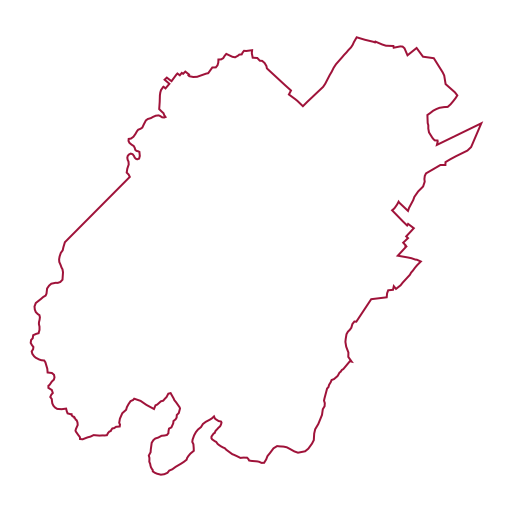 the district of Yecuatla, Veracruz, Mexico
{"feature_id": "50627088B64741996810444", "entity_name": "Yecuatla", "entity_type": "district", "adm_level": 2, "iso_a3": "MEX", "parent_name": "Mexico", "parent_adm1": "Veracruz", "projection": "orthographic", "projection_center": [-96.776, 19.847], "detail": "fine", "context": "isolated", "style": "outline", "palette": "rose", "viewbox_px": 512, "rotation_deg": 0, "n_neighbors": 0, "source": "geoboundaries", "source_scale": "gbopen_adm2", "svg_char_len": 5937}
<svg xmlns="http://www.w3.org/2000/svg" viewBox="0 0 512 512"><path d="M252.1,50.2L246.2,51.0L244.0,50.8L242.6,52.6L241.7,54.4L239.3,54.6L238.0,55.7L235.1,57.3L232.4,56.8L226.3,53.9L224.6,55.9L223.2,58.2L221.1,59.4L218.4,59.5L218.3,62.5L217.5,65.3L215.8,67.4L212.3,67.5L208.2,73.2L206.2,73.6L197.1,76.8L193.3,77.0L189.3,76.2L188.4,75.3L189.0,74.5L185.3,71.6L183.1,73.8L181.8,72.9L179.8,75.3L177.4,73.5L176.3,74.7L171.5,81.2L166.8,77.6L164.6,79.7L169.4,83.8L165.5,88.4L163.5,86.7L163.2,86.9L161.0,90.1L160.3,92.5L159.9,95.3L159.7,101.9L159.2,109.1L161.5,111.4L163.5,113.2L164.2,115.1L165.5,117.0L164.2,117.5L162.1,117.3L160.3,116.1L158.7,115.4L155.8,115.7L153.0,116.9L150.9,118.1L147.8,119.0L145.9,120.4L143.9,124.2L142.3,127.6L140.5,128.8L138.2,129.7L137.0,131.2L135.4,134.0L133.4,136.8L130.9,138.6L128.7,138.9L128.5,140.9L129.4,142.8L131.5,144.6L133.7,146.0L134.7,147.8L135.3,149.9L136.5,150.9L138.2,151.3L139.4,151.9L139.8,156.0L139.1,158.6L137.2,159.3L135.9,158.8L134.7,157.6L134.0,156.0L132.6,154.2L130.7,153.6L128.8,154.6L127.7,156.0L127.3,157.8L127.7,159.9L128.5,161.6L128.7,164.5L127.3,168.7L126.7,172.6L128.6,174.5L129.8,176.9L64.9,242.2L63.4,247.2L62.7,250.3L60.8,252.9L59.6,256.5L59.1,259.3L59.3,262.0L60.7,265.2L61.5,267.5L62.5,269.3L63.0,272.3L62.5,279.7L60.3,282.0L57.7,282.9L55.6,282.8L51.3,283.7L49.1,285.6L47.1,288.5L46.5,293.6L45.6,295.6L43.2,297.0L40.9,299.0L35.8,303.0L34.5,306.5L34.8,309.5L35.8,312.1L37.8,314.1L39.4,315.1L39.9,317.3L39.6,319.6L39.0,322.1L38.9,324.0L39.5,326.7L39.5,329.9L38.6,333.2L36.1,333.9L33.2,335.2L32.7,338.3L31.1,340.0L30.7,342.9L31.8,344.9L33.4,347.0L33.1,349.2L31.7,351.4L32.3,353.8L34.1,356.3L35.7,357.7L39.2,359.5L41.3,360.2L44.2,360.5L45.4,362.3L47.3,368.8L47.6,372.5L51.9,373.0L54.0,374.8L54.5,377.3L53.9,379.6L51.8,381.6L49.7,384.7L48.4,385.8L48.4,387.9L51.8,390.0L52.8,393.0L51.3,394.7L50.3,397.0L51.8,399.1L51.9,400.5L52.3,403.4L53.4,405.7L55.0,407.5L57.2,408.9L61.7,409.2L66.1,408.6L66.8,411.4L67.6,413.4L70.2,414.1L71.6,414.2L71.7,415.3L72.3,416.0L73.3,416.7L74.0,416.8L74.3,417.1L74.3,417.8L75.0,418.2L75.7,419.7L76.5,420.1L77.0,421.1L77.5,422.6L77.7,425.0L76.0,428.8L75.5,430.5L75.8,431.5L78.4,435.2L79.7,436.8L80.0,437.9L80.0,439.0L82.6,439.3L87.5,437.4L90.5,436.6L93.6,435.1L99.4,435.6L102.9,435.4L104.4,435.5L106.9,435.2L108.1,432.9L109.4,431.5L110.7,431.1L111.4,429.7L112.4,428.4L114.0,428.2L116.1,426.8L119.7,426.5L120.0,424.6L119.2,422.8L119.9,418.7L122.3,413.2L126.1,409.8L126.9,407.1L128.6,404.0L130.6,401.1L133.1,400.0L134.2,398.7L140.6,400.9L146.4,404.9L154.0,409.0L155.5,405.3L157.2,404.6L160.9,401.3L163.2,400.7L164.9,398.7L166.5,397.1L168.3,393.7L170.6,393.1L173.7,398.6L174.3,400.1L176.1,402.3L179.6,407.3L180.0,408.5L178.8,413.0L176.8,415.0L176.6,417.6L175.6,419.3L173.5,421.0L173.2,423.4L171.4,427.4L169.0,428.6L168.5,431.1L168.4,433.2L166.9,435.0L164.5,435.5L161.5,435.8L158.2,437.6L155.3,438.5L153.4,440.1L151.7,442.8L150.8,449.4L150.6,452.2L148.8,455.6L149.4,457.8L149.4,459.9L149.3,461.7L150.2,464.0L150.4,465.3L150.9,467.1L151.8,468.8L152.7,470.0L152.8,471.4L154.9,472.8L157.0,473.7L160.9,474.7L164.3,474.2L167.5,472.8L169.2,470.6L172.3,469.3L175.7,466.8L181.0,463.7L183.8,461.9L186.6,459.7L187.1,458.0L188.4,456.0L190.4,453.6L193.8,450.8L193.7,447.8L193.4,444.2L192.3,441.9L192.6,439.6L194.1,435.4L195.9,432.1L198.0,429.5L201.0,427.1L202.9,424.0L205.8,421.8L209.8,419.7L212.0,418.3L214.0,416.4L214.7,418.1L215.4,419.0L218.7,421.1L220.0,421.3L221.1,421.6L221.5,422.6L221.0,424.5L220.1,426.3L218.4,427.8L217.0,429.4L215.6,430.8L214.6,433.1L213.7,433.4L211.5,436.5L211.4,438.1L212.1,439.3L214.8,441.2L216.2,441.9L217.6,443.9L218.7,444.8L220.9,446.3L223.1,447.5L224.8,448.2L226.2,449.7L232.3,454.2L233.7,454.7L237.2,456.3L240.4,457.9L243.5,457.6L247.1,457.7L248.4,459.1L249.1,460.5L251.3,460.9L257.3,461.4L259.2,461.8L261.5,462.9L264.1,462.8L266.2,459.4L267.3,456.5L267.6,455.9L270.0,453.0L273.5,448.3L277.1,446.1L280.0,446.4L283.6,446.6L286.8,447.3L290.2,449.1L294.3,451.4L298.0,452.7L305.1,451.3L308.3,448.7L312.0,443.6L313.8,440.1L314.2,433.5L315.2,429.2L318.3,424.0L322.0,414.9L322.8,409.2L324.6,406.2L324.8,403.1L324.0,400.6L324.5,398.3L327.1,388.5L328.4,387.2L329.1,384.8L330.7,382.2L331.6,380.0L334.0,379.1L337.5,376.1L338.2,375.0L339.5,372.6L340.7,371.7L341.8,370.0L343.3,369.1L349.9,361.2L351.6,361.6L348.3,356.9L348.4,352.5L346.2,346.7L345.4,341.9L345.7,338.9L346.5,334.2L347.9,331.7L349.8,329.8L351.3,327.8L352.4,324.0L354.4,321.5L356.3,321.7L371.2,299.2L386.7,297.3L387.1,293.3L388.2,290.3L393.0,289.8L393.8,286.2L396.0,288.9L400.6,285.3L402.7,282.6L409.9,274.8L411.1,272.6L412.8,270.7L415.0,267.7L417.2,265.1L420.8,261.5L416.8,259.7L415.4,259.6L411.4,258.2L407.5,257.4L397.8,255.7L406.3,246.5L405.4,245.9L405.7,245.4L403.2,242.7L408.0,238.1L406.2,236.4L413.8,228.2L408.1,223.9L407.1,225.5L402.7,221.2L392.1,210.3L393.9,208.8L394.8,207.8L397.1,204.5L398.5,201.9L398.6,201.7L399.1,202.5L408.0,210.9L409.0,208.0L413.2,200.1L414.4,196.8L418.2,191.4L423.1,186.5L424.7,181.7L424.4,179.0L424.8,175.9L426.0,173.4L440.4,165.0L445.4,165.0L445.5,162.1L450.4,159.2L456.0,156.2L467.4,150.6L471.1,147.1L481.3,123.3L436.9,144.9L437.7,141.6L437.5,140.5L434.8,140.4L433.6,139.3L432.3,137.7L429.0,132.4L428.3,128.6L428.3,125.2L427.7,123.1L427.4,115.0L430.0,113.2L433.2,110.7L436.5,109.0L439.5,107.8L444.0,107.1L447.7,106.9L450.5,104.4L453.1,101.3L455.6,98.1L457.3,95.4L454.9,92.3L445.6,84.1L444.2,75.5L442.7,72.4L433.8,58.2L423.0,56.7L416.6,48.0L407.5,55.3L404.5,48.3L402.6,46.6L400.3,46.4L393.7,47.7L393.4,46.0L385.9,45.7L382.2,44.5L375.4,41.6L375.0,42.4L373.4,41.8L365.0,39.8L356.7,37.3L353.9,42.1L352.7,44.8L351.0,47.4L348.3,50.2L346.5,52.4L344.0,55.0L342.0,57.4L336.0,64.2L333.7,67.7L331.6,71.9L329.8,74.9L325.2,83.8L323.1,86.9L307.3,101.8L302.9,106.2L297.4,100.9L295.3,99.2L288.9,94.5L291.0,90.5L285.2,85.3L266.9,68.4L266.4,66.0L264.6,63.0L262.2,60.9L259.8,60.7L257.3,58.0L252.7,57.7L251.8,53.2L252.1,50.2Z" fill="none" stroke="#9f1239" stroke-width="2"/></svg>